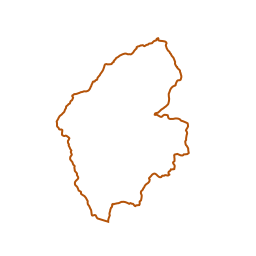 outline of Antonio Raymondi, Áncash, Peru, rotated 214°
{"feature_id": "86281439B42747407392018", "entity_name": "Antonio Raymondi", "entity_type": "district", "adm_level": 2, "iso_a3": "PER", "parent_name": "Peru", "parent_adm1": "Áncash", "projection": "mercator", "projection_center": [-77.041, -9.136], "detail": "fine", "context": "isolated", "style": "outline", "palette": "amber", "viewbox_px": 256, "rotation_deg": 214, "n_neighbors": 0, "source": "geoboundaries", "source_scale": "gbopen_adm2", "svg_char_len": 5800}
<svg xmlns="http://www.w3.org/2000/svg" viewBox="0 0 256 256"><g transform="rotate(214 128 128)"><path d="M190.6,93.3L190.0,92.8L189.0,91.5L188.0,90.0L187.4,89.6L185.7,89.3L184.4,88.5L184.1,88.5L183.2,88.9L182.4,89.5L181.9,89.6L181.3,89.5L180.8,88.8L180.3,87.7L179.2,85.8L178.7,85.4L177.2,85.4L176.5,85.6L176.1,85.9L175.5,86.7L175.0,87.0L174.5,87.1L172.0,87.0L171.1,86.8L170.9,86.7L170.8,85.9L170.5,85.2L170.6,84.7L170.6,83.8L170.0,82.8L168.9,81.8L167.9,81.5L167.5,80.5L167.1,80.1L165.5,79.3L164.7,78.7L163.8,78.2L162.4,77.7L162.1,76.3L161.9,76.0L160.7,75.2L160.2,74.9L159.8,74.6L159.6,74.0L159.7,71.9L159.2,70.8L158.5,69.8L157.7,69.4L155.7,68.8L155.0,68.6L153.5,67.4L152.8,67.0L151.1,66.7L150.8,66.4L150.6,66.0L150.5,65.5L150.2,65.0L149.0,63.8L148.3,62.9L147.8,62.6L145.2,61.9L144.6,61.5L144.1,60.5L143.6,60.2L142.0,59.5L141.5,59.0L141.1,58.2L141.2,57.1L141.6,55.4L141.7,53.8L141.6,53.3L141.0,52.3L140.3,51.5L139.4,51.1L137.8,50.9L136.9,50.6L135.6,49.8L134.0,48.6L133.2,48.6L131.8,48.8L131.1,48.6L130.6,47.7L130.2,47.3L129.8,47.1L127.8,47.1L126.0,47.2L123.5,46.4L122.3,45.7L121.0,45.1L120.5,44.8L119.8,43.6L118.7,42.4L118.1,42.1L117.0,41.8L116.4,41.5L114.2,40.1L112.8,39.4L111.9,38.5L111.5,38.0L109.8,36.1L109.0,35.5L108.6,35.5L108.4,35.6L107.0,37.2L106.4,37.4L106.1,37.5L105.7,37.4L104.0,36.4L102.9,36.0L102.6,36.0L92.0,39.2L92.9,40.6L93.5,42.2L94.3,45.5L95.0,46.0L95.6,46.8L96.0,47.9L96.3,49.0L97.0,50.5L97.2,51.5L97.5,52.5L97.2,53.0L97.2,53.3L97.5,54.4L98.2,55.4L98.3,56.2L98.0,56.6L97.6,56.5L97.4,56.6L96.6,57.7L95.4,58.9L95.1,59.3L93.9,60.3L93.3,61.1L92.2,63.0L90.3,64.4L88.7,65.1L86.4,65.6L84.6,65.8L84.2,66.5L84.1,67.0L83.8,67.2L82.6,67.3L81.5,67.9L80.6,67.7L79.7,67.4L78.8,67.2L78.4,67.3L78.2,67.4L78.3,67.8L78.2,68.0L77.9,68.5L75.6,70.4L75.7,71.2L76.1,72.0L77.1,73.3L77.2,73.8L76.8,75.0L76.8,75.4L77.7,77.6L78.7,79.5L79.3,80.1L80.6,80.9L81.1,81.5L81.7,82.7L81.6,83.6L81.3,84.5L81.3,85.5L81.6,86.4L81.4,87.5L81.7,89.3L81.7,90.2L81.6,91.0L81.3,92.0L80.6,93.7L80.4,95.5L80.9,96.8L81.1,97.3L81.9,97.6L82.3,97.9L82.5,98.3L82.0,101.1L81.9,102.8L81.3,104.2L80.7,104.9L80.2,105.2L79.3,105.3L78.3,105.3L77.1,105.0L75.2,104.8L74.4,104.9L73.6,105.3L73.0,106.0L73.0,107.2L72.8,107.7L71.4,108.6L71.2,109.2L70.8,109.7L69.9,110.2L68.3,110.9L67.6,112.4L67.7,112.6L68.3,112.6L69.0,113.0L69.5,113.6L69.7,114.1L69.7,114.7L69.1,116.1L69.3,117.7L68.6,118.0L67.9,118.8L67.1,119.3L66.7,119.8L66.7,120.0L67.2,120.7L67.6,121.9L68.4,123.0L69.2,123.4L70.2,123.7L70.9,124.1L71.3,124.5L71.4,125.0L71.0,126.2L71.0,126.7L72.5,128.9L73.2,129.6L73.8,130.5L74.4,131.1L74.5,131.6L74.5,132.0L72.6,134.1L72.2,134.2L71.4,134.3L69.0,134.8L68.1,135.3L67.5,135.7L67.1,136.3L67.0,137.3L65.8,138.2L64.3,139.5L64.1,139.9L63.7,141.3L65.3,142.9L66.7,144.7L67.5,145.2L68.2,145.5L69.2,146.0L70.5,146.3L71.1,146.7L72.8,148.5L73.1,149.1L73.1,150.5L74.1,152.0L75.5,155.1L75.7,156.0L76.1,156.8L77.2,157.8L78.5,158.3L78.8,159.1L78.9,161.2L79.1,162.9L80.5,164.6L81.2,165.2L82.3,165.1L83.5,164.9L86.5,164.3L87.8,163.8L88.8,163.9L89.9,164.2L91.4,163.9L92.9,163.2L94.1,162.4L95.5,160.9L96.3,160.3L97.0,159.9L97.5,159.4L98.8,158.8L99.9,158.9L100.4,159.1L102.1,160.7L103.0,160.5L104.2,159.9L105.3,159.2L105.8,158.2L106.3,156.2L106.8,155.7L107.7,155.4L111.6,155.1L112.6,154.2L112.9,154.0L113.3,154.0L113.6,154.8L113.6,155.3L113.2,155.9L111.7,157.5L111.2,159.4L110.7,161.8L109.5,164.6L109.3,165.7L108.8,166.6L108.1,169.8L108.1,170.2L108.2,170.8L109.1,173.2L110.2,175.2L111.8,177.0L113.3,179.0L114.0,182.1L114.3,183.0L114.5,184.9L114.2,186.9L113.8,187.9L113.3,188.6L113.1,189.2L112.6,189.6L112.5,190.2L113.1,191.5L113.3,192.4L113.4,193.2L113.6,194.2L113.4,195.1L113.2,195.5L111.8,196.6L111.5,197.2L111.4,197.6L112.2,200.0L113.0,201.1L113.6,201.5L115.1,202.9L116.2,203.6L117.0,204.6L118.1,205.0L119.3,205.1L120.7,205.5L121.2,205.6L121.5,206.1L122.0,206.0L122.4,206.1L123.8,206.8L124.9,207.5L125.2,207.9L125.8,209.0L126.0,209.2L128.6,211.0L129.7,211.7L132.1,212.3L134.0,213.4L135.1,213.6L135.9,214.2L137.0,214.5L138.2,214.6L139.4,215.2L140.6,215.8L141.3,216.4L142.8,217.6L143.2,218.6L143.4,219.7L144.1,220.3L145.2,220.5L146.5,220.1L148.2,219.3L150.0,218.3L151.3,217.8L151.8,217.8L152.1,218.0L152.6,218.6L152.8,219.1L153.2,219.3L153.5,219.0L153.9,218.3L154.0,217.8L154.0,217.5L153.7,217.1L153.7,216.4L153.8,216.1L154.4,215.5L155.1,214.4L155.4,213.1L155.5,211.8L156.8,210.5L157.6,209.9L157.9,209.3L158.1,208.2L159.1,207.3L159.4,206.7L159.6,206.0L160.2,205.0L160.6,204.9L161.8,205.0L162.1,204.9L162.9,204.1L163.7,203.5L164.5,202.0L165.3,201.3L166.0,200.0L166.0,199.7L165.5,199.2L165.4,198.5L165.7,197.6L166.0,195.4L165.9,194.0L166.1,192.4L166.6,191.0L167.0,190.5L168.1,190.0L169.2,189.1L171.1,188.6L171.5,188.4L172.2,187.9L173.0,187.0L173.7,186.1L175.0,183.9L175.4,183.2L175.8,181.6L176.5,180.3L177.0,179.0L176.8,177.8L177.1,177.0L177.2,175.3L176.8,174.9L176.8,174.7L177.4,173.4L177.4,171.9L177.7,171.5L179.3,170.2L180.4,169.4L181.5,169.0L181.8,168.8L182.5,168.0L182.5,166.9L181.9,165.3L181.1,162.2L181.0,160.6L181.1,157.1L180.9,156.2L181.3,152.9L181.2,152.3L180.9,151.6L180.7,150.9L180.8,150.4L181.3,149.9L181.6,149.3L181.7,147.9L182.0,147.5L182.7,147.2L182.9,146.8L182.9,146.4L182.5,144.8L182.4,143.7L182.2,142.9L181.9,142.1L181.9,141.0L181.5,139.3L181.6,137.7L181.8,136.8L182.8,135.3L183.2,134.9L185.0,133.8L185.9,132.5L187.3,131.1L187.8,130.1L188.6,129.1L189.2,128.2L190.4,126.8L191.2,126.3L191.7,125.6L191.8,124.9L192.3,123.9L192.2,123.5L192.0,123.2L191.5,122.9L190.9,122.8L190.5,122.5L190.3,121.8L190.2,121.1L190.0,120.3L190.0,119.6L190.4,118.8L190.5,118.1L190.4,117.3L190.0,116.3L190.0,115.5L190.6,114.6L190.8,112.9L191.2,111.9L191.3,111.2L190.6,109.9L190.5,109.5L190.5,108.1L189.9,105.9L190.0,104.9L190.3,103.8L190.5,102.1L191.1,100.4L191.3,99.6L191.2,97.5L191.0,96.8L190.8,93.6L190.6,93.3Z" fill="none" stroke="#b45309" stroke-width="2"/></g></svg>